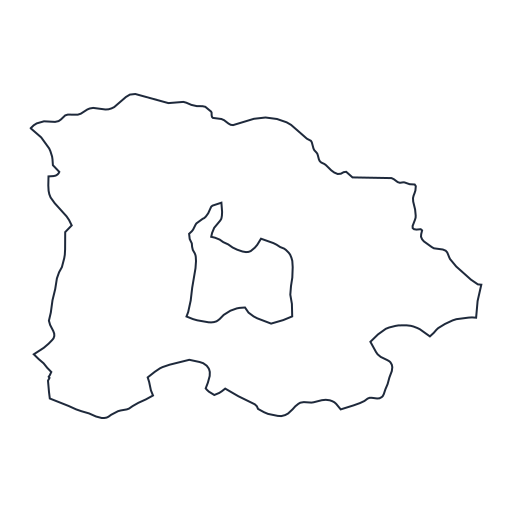 Selenge, Mercator projection
{"feature_id": "MNG-3326", "entity_name": "Selenge", "entity_type": "Province", "adm_level": 1, "iso_a3": "MNG", "parent_name": "Mongolia", "parent_adm1": "", "projection": "mercator", "projection_center": [106.313, 49.491], "detail": "fine", "context": "isolated", "style": "outline", "palette": "slate", "viewbox_px": 512, "rotation_deg": 0, "n_neighbors": 0, "source": "natural_earth", "source_scale": "10m", "svg_char_len": 4265}
<svg xmlns="http://www.w3.org/2000/svg" viewBox="0 0 512 512"><path d="M135.3,94.0L168.4,103.1L183.4,101.9L186.3,102.7L191.4,104.9L196.7,106.1L202.5,106.2L205.3,106.8L211.1,111.6L211.6,112.7L211.6,114.2L211.7,115.8L212.1,117.1L212.9,117.9L221.4,119.0L224.1,120.2L228.4,123.5L230.7,124.8L233.1,125.1L253.9,118.8L265.5,117.5L277.0,119.0L286.6,122.3L291.1,124.9L306.9,138.7L310.9,140.8L311.8,142.3L313.5,148.6L314.3,150.2L316.5,152.6L317.3,153.7L317.9,155.5L318.9,159.4L319.8,161.2L321.2,162.5L324.4,164.0L325.9,165.1L331.2,170.3L334.2,172.5L337.7,174.0L340.9,173.7L343.6,172.2L346.2,171.8L352.5,177.4L391.5,178.1L393.2,178.9L393.8,179.2L397.7,182.1L399.9,182.8L403.3,182.3L404.5,182.4L409.6,184.2L414.7,184.5L415.8,186.2L415.4,190.5L414.5,193.3L413.6,195.6L413.0,198.1L413.2,201.6L415.1,209.5L415.7,215.6L415.6,217.7L415.0,219.7L412.6,226.0L412.7,228.1L414.0,229.2L416.5,229.6L420.7,229.2L422.1,230.4L421.2,234.1L421.0,236.7L422.1,239.3L423.9,241.4L431.8,247.1L433.9,248.3L442.8,249.5L445.7,250.7L447.2,252.4L448.1,254.5L449.0,256.8L450.0,259.0L456.2,266.5L471.0,279.7L477.9,284.4L481.3,284.7L477.6,301.0L476.1,317.7L472.0,317.4L468.6,317.6L456.3,319.2L452.6,320.4L444.9,324.0L438.2,328.1L436.4,329.8L433.8,332.8L429.9,336.4L419.8,329.2L417.3,328.0L413.4,326.5L410.7,325.8L406.3,325.3L398.5,325.4L395.5,325.9L389.1,327.5L385.8,328.8L378.0,334.4L370.4,341.8L376.0,352.0L377.6,354.3L380.7,356.9L387.5,360.2L389.5,361.4L390.5,362.4L391.8,364.7L392.3,367.2L391.8,371.1L389.4,377.5L387.6,384.1L385.4,389.3L383.8,394.1L382.7,396.2L381.7,397.1L379.5,398.3L377.2,398.5L371.7,397.8L369.6,397.8L367.6,398.6L364.4,401.0L359.9,403.1L353.5,405.4L340.7,409.4L336.2,403.9L334.4,402.3L332.3,401.2L329.8,400.3L325.8,399.8L321.8,400.2L313.5,402.3L311.4,402.6L303.8,402.1L300.3,402.7L298.4,403.8L295.3,406.3L292.6,409.3L288.1,413.5L285.1,415.1L281.3,416.1L277.8,415.9L268.0,413.9L264.0,412.2L258.0,408.9L256.9,406.3L254.8,404.3L238.3,396.2L225.2,388.6L221.9,391.2L219.3,392.9L214.3,395.0L208.8,391.6L206.9,389.8L205.7,388.4L207.9,382.6L209.7,376.0L209.8,372.0L209.1,369.3L208.4,368.0L206.7,365.7L203.2,363.2L199.6,362.0L189.3,359.8L169.6,364.7L162.5,367.1L160.0,368.3L154.8,371.8L147.7,377.4L149.1,381.8L150.9,390.3L153.0,395.5L145.9,399.4L138.4,402.8L132.6,406.1L129.0,408.6L126.8,409.4L120.5,410.5L118.0,411.2L111.1,414.8L108.5,416.7L106.6,417.6L104.2,418.0L101.7,418.0L96.0,416.5L89.0,413.4L81.4,411.2L76.2,409.4L68.7,406.0L49.8,398.5L49.0,392.1L48.0,380.7L49.5,377.9L48.7,376.8L49.8,375.2L50.8,373.0L51.3,372.0L47.2,367.8L43.6,363.3L38.7,359.1L33.8,354.3L43.8,347.8L48.6,343.7L52.1,340.1L53.5,338.4L54.3,336.0L54.2,333.6L53.3,331.1L50.1,324.9L48.9,320.7L50.8,312.6L52.5,300.2L55.2,289.1L56.9,278.4L59.1,272.2L61.9,267.1L64.2,258.3L64.8,254.8L65.1,249.3L65.2,232.1L71.7,225.4L69.1,220.1L66.6,216.4L54.7,203.2L50.6,197.5L49.3,194.2L48.6,190.8L48.3,185.4L48.5,176.4L53.4,176.1L55.7,175.6L57.5,174.5L58.6,173.3L59.3,171.9L52.9,165.2L52.5,159.4L52.1,156.6L50.4,151.2L49.2,148.5L41.2,137.4L30.7,128.3L30.7,128.2L33.7,125.3L36.7,123.4L44.0,121.3L55.0,121.9L58.6,121.1L60.9,119.5L65.2,115.4L67.8,114.6L77.7,114.7L80.8,113.7L87.3,109.5L89.7,108.5L93.2,107.9L105.5,109.5L108.5,109.3L111.5,108.4L114.2,107.1L125.9,97.0L129.9,94.6L135.3,94.0ZM246.0,252.1L242.5,251.5L237.2,249.7L232.6,247.5L228.2,244.4L223.2,242.1L219.7,239.6L215.0,237.7L211.2,236.8L212.1,232.9L214.2,227.8L220.2,220.6L221.2,219.0L221.5,218.0L221.9,215.7L222.1,212.0L221.4,202.7L212.6,205.6L211.5,206.4L211.1,206.9L208.2,213.3L205.8,216.6L204.2,218.1L202.7,218.8L196.4,223.4L195.6,224.6L193.1,229.6L191.8,231.3L189.1,233.8L189.7,239.0L191.8,243.4L192.1,246.8L192.8,249.9L194.8,253.4L195.5,255.3L195.8,257.1L195.8,257.5L196.0,261.2L195.5,268.2L195.0,271.2L192.2,287.7L190.7,300.5L188.2,312.0L186.5,316.5L193.0,319.1L197.2,320.3L208.6,322.3L211.2,322.4L213.9,322.1L216.3,321.4L217.5,320.7L219.6,319.1L223.7,314.9L230.4,310.7L236.8,308.4L239.5,307.9L245.0,307.5L248.5,312.6L253.6,316.4L257.2,318.3L271.1,323.6L283.2,320.1L292.2,316.4L291.9,303.9L290.3,294.7L291.0,286.0L292.3,277.6L292.7,267.2L292.3,260.9L291.4,257.7L290.1,254.6L288.7,252.7L285.9,249.9L284.1,248.6L280.1,247.0L276.6,244.7L273.4,243.1L261.0,238.7L257.2,244.9L254.8,247.7L250.7,251.1L248.5,251.9L246.0,252.1Z" fill="none" stroke="#1e293b" stroke-width="2"/></svg>